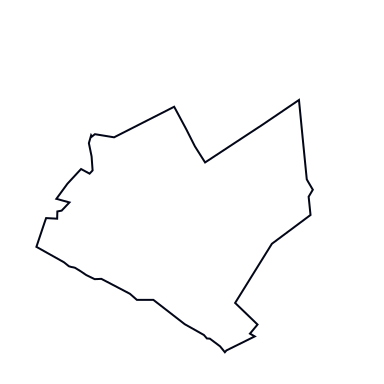 outline of Ulster, New York, United States of America, rotated 116°
{"feature_id": "52423323B54966547945963", "entity_name": "Ulster", "entity_type": "district", "adm_level": 2, "iso_a3": "USA", "parent_name": "United States of America", "parent_adm1": "New York", "projection": "albers", "projection_center": [-74.186, 41.879], "detail": "fine", "context": "isolated", "style": "outline", "palette": "ink", "viewbox_px": 384, "rotation_deg": 116, "n_neighbors": 0, "source": "geoboundaries", "source_scale": "gbopen_adm2", "svg_char_len": 856}
<svg xmlns="http://www.w3.org/2000/svg" viewBox="0 0 384 384"><g transform="rotate(116 192 192)"><path d="M160.7,75.4L145.1,85.1L137.0,84.4L131.9,92.1L130.3,94.4L95.6,115.8L62.4,136.2L94.1,154.4L99.7,157.6L159.7,193.2L149.7,209.4L138.1,224.7L123.2,245.4L177.0,286.0L182.6,304.6L186.1,306.3L185.3,307.5L193.3,306.1L204.1,297.8L216.2,290.8L220.4,292.1L220.0,301.8L239.2,307.6L257.6,310.9L255.1,297.6L265.9,301.0L268.5,304.5L275.1,301.5L279.4,311.7L284.4,311.1L309.5,307.8L311.3,276.2L312.7,270.1L312.3,267.6L311.7,265.5L311.4,263.9L312.0,257.8L313.0,250.6L313.0,249.2L313.0,241.3L311.3,238.1L309.8,235.4L310.7,203.2L313.1,194.3L305.9,179.4L314.0,140.6L315.3,118.6L317.1,114.4L316.0,111.7L318.4,99.1L321.6,92.2L319.3,91.6L294.3,72.3L293.9,77.8L282.4,75.0L272.8,104.6L214.2,98.6L203.5,97.5L160.7,75.4Z" fill="none" stroke="#020617" stroke-width="2"/></g></svg>